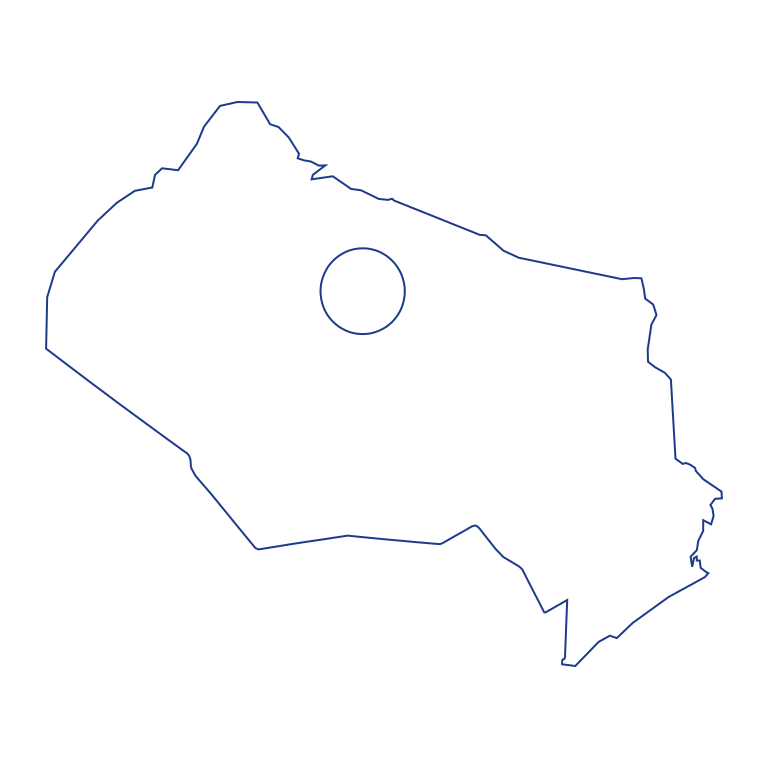 SVG path tracing the border of Qyzylorda
{"feature_id": "KAZ-3197", "entity_name": "Qyzylorda", "entity_type": "Region", "adm_level": 1, "iso_a3": "KAZ", "parent_name": "Kazakhstan", "parent_adm1": "", "projection": "albers", "projection_center": [63.953, 45.065], "detail": "fine", "context": "isolated", "style": "outline", "palette": "blue", "viewbox_px": 768, "rotation_deg": 0, "n_neighbors": 0, "source": "natural_earth", "source_scale": "10m", "svg_char_len": 3132}
<svg xmlns="http://www.w3.org/2000/svg" viewBox="0 0 768 768"><path d="M258.4,549.4L256.9,548.7L255.4,548.0L249.9,541.4L245.8,536.4L241.7,531.4L237.6,526.4L233.5,521.4L229.4,516.3L225.2,511.2L221.0,506.1L216.9,501.0L211.8,494.8L207.9,490.2L203.9,485.6L195.7,476.1L191.6,468.8L190.9,466.4L190.6,461.0L190.2,458.5L189.0,455.6L187.2,453.4L182.6,450.2L176.3,445.6L167.7,439.4L157.2,431.7L145.2,422.9L132.1,413.3L118.2,403.1L104.0,392.4L89.7,381.8L75.9,371.3L62.7,361.3L50.6,352.1L46.1,348.6L47.2,297.1L54.9,271.8L97.7,220.6L116.7,202.9L134.9,190.8L152.3,187.5L155.0,174.9L162.1,168.3L178.1,170.2L196.9,143.8L204.0,126.7L220.0,105.9L237.4,102.0L257.4,102.5L270.1,124.2L278.6,127.1L288.9,137.6L299.0,153.8L297.7,158.3L304.2,160.4L310.8,161.5L318.9,165.6L325.3,165.4L312.9,174.8L311.6,179.3L332.8,176.3L351.0,188.9L361.0,190.3L378.7,198.9L388.1,199.9L392.0,198.7L394.2,200.6L479.6,234.8L485.8,235.3L503.5,250.7L518.7,257.7L622.0,279.2L634.1,278.0L641.4,278.3L643.8,288.6L645.2,298.6L653.2,304.5L656.5,315.0L651.4,324.6L647.7,349.5L648.0,361.7L655.0,367.2L664.9,372.8L670.9,379.6L675.5,458.7L682.8,463.9L685.9,463.0L690.5,464.8L695.0,467.9L695.9,471.0L703.4,479.3L721.5,491.6L721.9,498.4L715.1,498.8L710.4,505.0L712.5,508.9L713.6,516.0L711.1,524.3L703.2,520.2L703.2,530.9L698.3,540.8L696.8,550.2L690.6,556.7L692.2,566.8L694.0,558.0L696.7,556.6L696.8,560.5L699.8,560.5L700.6,567.8L706.1,572.0L708.3,573.2L704.9,577.1L668.6,597.0L632.6,623.0L616.8,638.1L609.9,635.7L598.6,641.9L575.3,666.0L569.3,665.2L562.1,664.3L562.1,661.2L562.3,660.4L562.5,659.7L563.4,659.3L564.3,659.0L564.6,658.1L565.0,657.2L565.1,654.4L565.2,651.7L566.2,625.8L567.2,600.0L556.4,606.2L545.5,612.4L544.8,612.4L544.2,612.3L539.1,602.3L533.1,590.7L528.8,582.3L522.1,569.1L520.6,567.8L519.1,566.5L511.2,561.7L503.3,557.0L499.5,553.0L495.7,549.1L487.4,538.6L479.2,528.1L477.9,527.0L476.7,525.9L475.5,525.7L474.2,525.6L472.9,526.1L471.6,526.6L464.3,530.8L456.8,535.0L449.6,539.1L442.1,543.4L440.8,543.8L439.5,544.1L435.3,543.8L424.9,542.9L414.4,542.0L404.0,541.0L393.6,540.1L382.1,539.0L370.6,537.9L359.2,536.8L347.7,535.6L340.8,536.7L333.9,537.7L327.1,538.8L320.2,539.8L313.3,540.8L306.4,541.8L299.5,542.9L292.6,543.9L288.3,544.6L284.1,545.3L279.8,546.0L275.5,546.7L272.9,547.1L270.2,547.5L267.5,548.0L264.8,548.4L258.6,549.4L258.4,549.4ZM362.4,334.1L366.7,333.9L370.9,333.3L375.0,332.2L378.9,330.8L382.6,329.0L386.1,326.9L389.4,324.4L392.4,321.7L395.1,318.6L397.6,315.3L399.7,311.8L401.5,308.0L402.9,304.1L403.9,300.0L404.6,295.7L404.8,291.3L404.6,286.9L403.9,282.7L402.9,278.6L401.5,274.6L399.7,270.9L397.6,267.3L395.2,264.0L392.5,261.0L389.5,258.2L386.3,255.7L382.9,253.6L379.2,251.7L375.4,250.3L371.4,249.2L367.2,248.5L363.0,248.3L358.7,248.5L354.5,249.1L350.5,250.1L346.7,251.5L343.0,253.3L339.5,255.4L336.3,257.8L333.2,260.6L330.5,263.6L328.0,266.8L325.9,270.4L324.1,274.1L322.6,278.0L321.5,282.1L320.8,286.4L320.5,290.7L320.7,295.1L321.3,299.4L322.3,303.5L323.6,307.5L325.3,311.3L327.4,314.8L329.8,318.2L332.5,321.2L335.5,324.0L338.7,326.6L342.2,328.7L345.9,330.6L349.8,332.1L353.8,333.2L358.0,333.8L362.4,334.1Z" fill="none" stroke="#1e3a8a" stroke-width="2"/></svg>